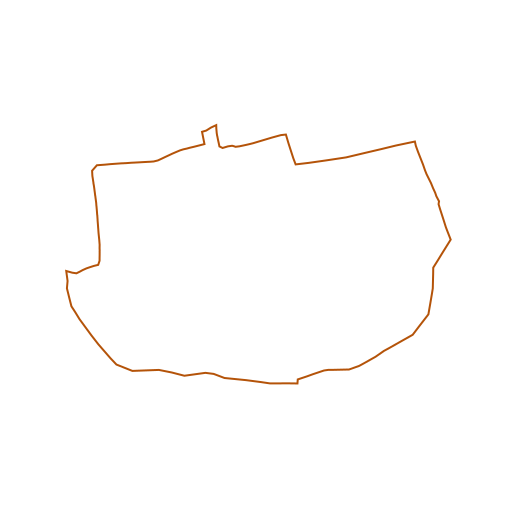 the district of Khsos, Al Qalyubiyah, Egypt, rotated 251°
{"feature_id": "37247803B74269871636707", "entity_name": "Khsos", "entity_type": "district", "adm_level": 2, "iso_a3": "EGY", "parent_name": "Egypt", "parent_adm1": "Al Qalyubiyah", "projection": "orthographic", "projection_center": [31.321, 30.157], "detail": "fine", "context": "isolated", "style": "outline", "palette": "amber", "viewbox_px": 512, "rotation_deg": 251, "n_neighbors": 0, "source": "geoboundaries", "source_scale": "gbopen_adm2", "svg_char_len": 2377}
<svg xmlns="http://www.w3.org/2000/svg" viewBox="0 0 512 512"><g transform="rotate(251 256 256)"><path d="M198.8,88.7L187.6,101.7L179.9,127.1L173.3,138.4L166.1,149.3L162.0,170.1L158.3,177.6L150.9,186.5L141.9,206.1L135.2,219.6L131.0,227.7L124.9,245.6L123.3,250.0L122.0,253.7L125.7,255.3L125.6,265.1L125.7,271.3L125.6,283.0L124.8,287.3L123.1,292.3L118.4,307.0L118.5,317.7L119.2,321.9L121.8,336.2L124.6,346.0L125.6,351.9L128.3,366.5L130.5,378.5L136.5,387.5L144.7,400.0L154.5,405.4L163.3,410.2L167.8,412.6L181.2,417.6L187.3,419.8L192.2,425.9L198.7,433.8L208.1,445.4L210.7,445.3L218.0,445.0L221.5,444.9L229.1,445.1L234.2,445.2L240.1,445.3L245.6,445.5L248.2,446.9L248.5,446.8L253.8,446.0L257.5,446.0L262.5,445.5L267.9,445.2L274.8,444.3L277.9,443.9L282.0,443.7L288.1,443.7L301.7,443.1L308.2,443.0L312.5,443.5L314.9,424.3L316.3,409.2L318.0,392.5L319.9,373.3L323.6,353.2L326.9,336.1L329.7,323.3L336.4,323.1L351.9,323.4L361.1,323.8L362.2,318.9L362.8,309.5L363.3,297.2L363.6,289.8L363.9,286.4L364.3,282.6L365.1,276.1L365.9,272.2L367.1,270.7L368.0,269.3L368.8,265.2L369.0,260.2L369.0,259.6L371.5,257.1L374.7,257.5L378.3,257.9L381.8,258.4L382.0,258.4L382.3,258.4L385.1,258.9L389.1,259.9L389.5,260.0L392.7,261.0L392.1,255.3L390.8,249.8L391.0,245.4L378.6,243.7L379.0,238.6L379.5,232.6L379.9,228.8L380.0,227.2L380.1,225.5L380.5,222.1L380.6,218.6L380.3,214.1L380.0,210.1L379.6,206.5L379.3,203.6L379.2,202.6L378.7,198.3L378.3,194.3L378.7,190.0L379.5,186.9L380.6,183.1L381.9,178.5L383.0,174.6L384.9,168.0L386.1,163.4L387.6,158.3L390.3,148.1L391.5,143.1L393.6,135.1L390.0,128.8L385.5,127.5L384.2,127.2L382.9,127.0L381.9,126.8L378.0,126.1L377.8,126.0L375.2,125.6L372.1,125.0L370.7,124.7L368.7,124.3L365.4,123.6L365.1,123.6L362.8,123.1L362.2,123.0L358.3,122.2L355.3,121.4L355.1,121.4L350.7,120.3L346.5,119.2L346.2,119.2L345.5,119.0L341.8,118.0L341.2,117.8L337.3,116.8L334.3,116.0L334.0,115.9L333.5,115.8L330.5,115.0L329.0,114.6L326.0,113.9L321.3,112.8L321.0,112.7L317.5,111.8L314.5,110.7L312.5,110.1L311.6,109.8L311.2,109.6L310.5,109.4L308.5,108.7L307.9,108.5L305.2,107.5L302.6,106.6L302.4,106.5L299.0,103.9L299.3,100.7L299.4,99.5L299.5,95.2L299.5,91.6L299.1,87.4L298.5,84.0L298.5,83.8L298.1,80.6L299.8,77.3L300.0,76.9L303.6,71.7L293.7,69.7L287.0,66.7L277.0,65.8L268.5,65.1L261.7,66.8L253.6,68.6L234.3,74.6L223.8,78.2L206.5,85.2L198.8,88.7Z" fill="none" stroke="#b45309" stroke-width="2"/></g></svg>